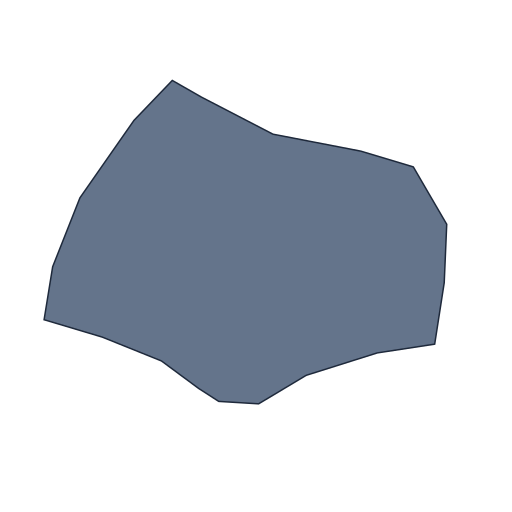 outline of Mwene-Ditu, Kasaï-Oriental, Democratic Republic of the Congo, rotated 14°
{"feature_id": "63176286B28359889537852", "entity_name": "Mwene-Ditu", "entity_type": "district", "adm_level": 2, "iso_a3": "COD", "parent_name": "Democratic Republic of the Congo", "parent_adm1": "Kasaï-Oriental", "projection": "orthographic", "projection_center": [23.475, -6.987], "detail": "fine", "context": "isolated", "style": "filled", "palette": "slate", "viewbox_px": 512, "rotation_deg": 14, "n_neighbors": 0, "source": "geoboundaries", "source_scale": "gbopen_adm2", "svg_char_len": 454}
<svg xmlns="http://www.w3.org/2000/svg" viewBox="0 0 512 512"><g transform="rotate(14 256 256)"><path d="M132.3,105.9L104.8,153.9L95.7,177.7L71.1,242.1L61.3,315.6L65.8,369.1L126.5,371.9L189.6,380.7L232.4,398.4L255.0,406.1L294.3,398.8L332.7,360.5L333.8,359.5L397.1,320.7L450.7,298.3L445.1,236.4L433.4,179.1L407.1,152.1L387.1,131.5L332.4,128.9L243.0,133.7L164.5,115.0L142.2,108.7L132.3,105.9Z" fill="#64748b" stroke="#1e293b" stroke-width="1.5"/></g></svg>